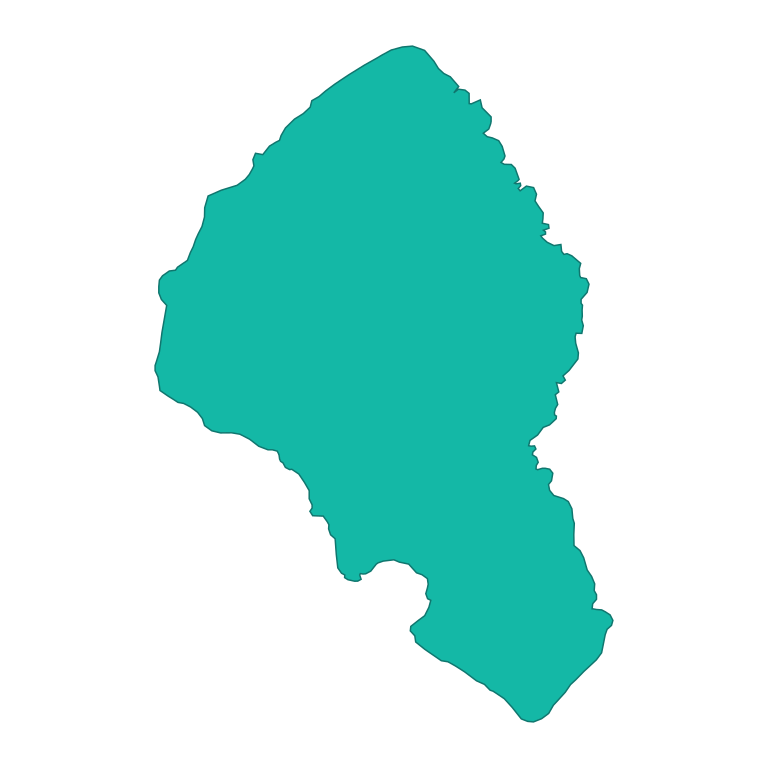 Rumung, Federated States of Micronesia (orthographic projection)
{"feature_id": "79324940B97331149389793", "entity_name": "Rumung", "entity_type": "district", "adm_level": 2, "iso_a3": "FSM", "parent_name": "Federated States of Micronesia", "parent_adm1": "", "projection": "orthographic", "projection_center": [138.155, 9.624], "detail": "fine", "context": "isolated", "style": "filled", "palette": "teal", "viewbox_px": 768, "rotation_deg": 0, "n_neighbors": 0, "source": "geoboundaries", "source_scale": "gbopen_adm2", "svg_char_len": 3793}
<svg xmlns="http://www.w3.org/2000/svg" viewBox="0 0 768 768"><path d="M458.7,86.5L450.3,76.8L443.8,73.5L438.4,68.5L433.9,61.2L424.6,50.4L412.5,46.1L402.3,47.0L391.3,50.0L382.6,54.7L376.0,58.6L364.6,65.0L349.1,74.6L340.8,80.1L334.6,84.3L325.7,90.9L319.0,96.6L311.8,100.7L310.2,107.2L303.3,113.6L294.5,119.1L285.5,127.9L281.1,135.5L279.5,140.4L275.7,142.3L269.5,146.1L262.8,154.6L255.5,153.3L252.9,159.7L253.9,165.9L252.3,169.2L249.3,174.5L245.3,179.3L237.1,185.3L221.3,190.2L208.1,196.0L204.7,207.7L204.5,217.0L202.0,226.5L198.3,233.7L195.7,239.4L193.2,246.8L190.4,252.5L187.4,260.4L177.5,267.2L175.5,270.2L169.3,271.0L162.5,275.8L159.4,280.1L158.8,286.6L158.8,292.9L161.4,299.5L166.7,305.4L162.0,332.2L160.5,344.0L159.4,351.8L156.4,361.6L155.1,365.5L155.1,370.7L158.0,376.9L159.4,386.0L160.0,390.5L168.1,396.1L172.0,398.5L178.0,402.4L183.6,403.4L190.6,407.0L197.6,412.3L202.4,418.6L204.6,425.6L211.8,430.8L220.5,432.9L231.6,432.8L239.9,434.2L249.6,439.2L258.8,446.3L268.0,449.8L272.4,449.8L277.2,451.1L278.5,453.6L279.1,455.3L279.6,459.1L280.6,461.3L283.0,462.9L285.4,467.4L289.6,469.6L291.8,469.3L298.8,474.0L304.4,482.3L309.2,490.6L309.2,498.8L312.1,504.8L312.1,508.1L309.9,511.3L312.7,515.7L317.7,515.9L323.2,516.1L327.1,521.5L328.9,524.7L328.6,528.9L330.6,534.8L335.1,538.7L335.3,540.9L336.3,554.5L337.8,567.9L341.5,573.2L344.8,575.0L344.6,577.6L347.9,579.7L354.6,581.2L357.8,581.1L361.1,579.3L359.7,575.0L360.3,573.6L363.0,574.0L365.7,573.8L370.8,571.1L376.2,564.2L378.0,562.9L383.2,561.1L393.9,559.8L399.3,562.1L408.7,564.1L416.5,572.8L422.0,574.7L427.4,578.6L428.2,584.2L427.4,588.0L425.8,593.7L427.6,598.7L430.8,600.3L428.9,607.3L424.7,615.7L418.6,620.2L414.7,623.3L410.8,626.4L410.3,630.9L412.6,633.4L414.8,635.8L415.7,642.0L424.9,649.4L441.3,660.7L448.0,661.8L455.3,665.9L464.4,671.7L476.5,680.8L484.5,684.4L486.7,686.7L490.1,690.2L493.1,691.2L504.3,698.7L512.1,707.3L521.3,718.9L527.7,721.4L533.5,721.9L541.6,718.7L548.7,713.4L553.4,705.2L558.5,699.7L565.3,692.2L570.5,684.6L575.7,679.8L583.9,671.4L596.3,659.9L601.6,652.8L603.1,645.3L605.2,634.7L607.1,629.3L611.5,625.4L612.9,620.4L610.1,614.9L605.3,611.8L601.7,609.9L596.4,609.5L592.7,608.8L592.1,608.8L592.7,603.7L596.5,599.3L596.5,594.7L594.2,590.6L594.7,583.9L591.6,576.4L587.2,570.0L583.7,557.8L580.0,550.6L574.0,545.6L573.8,534.5L574.3,523.3L572.8,518.5L571.9,508.8L568.3,501.6L563.6,498.6L553.8,495.5L549.6,490.3L548.5,484.5L551.5,480.8L552.8,473.2L549.7,469.2L545.3,468.3L542.3,468.3L537.6,469.7L536.0,469.0L536.3,465.4L538.2,462.3L536.5,457.4L532.4,454.8L532.9,452.0L535.9,449.0L534.5,445.9L531.1,446.2L528.6,445.7L530.0,440.4L537.6,435.0L543.2,427.4L549.5,424.9L556.2,418.7L556.4,416.1L554.6,414.9L554.4,412.3L555.5,408.2L557.7,404.5L555.3,394.7L558.8,391.9L556.4,382.6L561.4,383.5L565.3,380.1L563.0,375.9L569.1,370.4L577.9,359.0L578.4,352.9L575.7,343.2L575.1,336.8L576.1,333.2L581.8,333.4L583.3,325.7L581.7,320.0L582.3,316.2L582.1,310.1L582.5,305.2L581.1,303.3L581.1,302.1L581.1,299.3L587.1,292.4L589.0,284.2L586.3,278.7L582.0,277.8L580.7,277.6L579.7,275.5L579.3,268.6L580.7,263.4L571.8,255.8L567.1,253.7L563.9,254.4L561.6,251.4L560.9,244.5L554.0,245.6L547.2,242.3L542.5,238.1L540.8,235.8L545.5,234.1L545.5,231.9L543.4,230.2L549.0,228.2L548.5,224.6L542.3,223.2L542.9,218.9L543.2,212.9L538.5,206.3L535.0,200.9L536.5,194.2L533.6,187.6L526.4,186.1L520.1,190.8L518.2,188.5L520.7,185.7L520.3,183.2L516.1,183.8L514.6,183.2L518.2,180.4L519.1,179.4L515.1,168.2L511.3,164.5L504.2,164.3L501.0,162.4L503.9,159.1L505.0,156.0L503.0,149.2L502.2,146.4L498.7,140.7L492.3,137.9L487.2,136.7L484.7,134.5L483.3,133.2L488.8,129.0L490.7,123.6L491.1,121.4L491.1,116.9L485.2,110.9L482.1,107.8L480.3,99.9L471.2,103.9L469.2,103.6L469.1,93.4L465.0,90.1L458.4,89.2L453.8,92.8L458.7,86.5Z" fill="#14b8a6" stroke="#0f766e" stroke-width="1.5"/></svg>